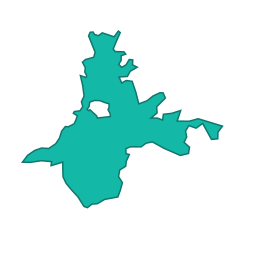 Karshi, Kashkadarya, Uzbekistan, rotated 289°
{"feature_id": "79887680B57210975668042", "entity_name": "Karshi", "entity_type": "district", "adm_level": 2, "iso_a3": "UZB", "parent_name": "Uzbekistan", "parent_adm1": "Kashkadarya", "projection": "mercator", "projection_center": [65.821, 38.728], "detail": "fine", "context": "isolated", "style": "filled", "palette": "teal", "viewbox_px": 256, "rotation_deg": 289, "n_neighbors": 0, "source": "geoboundaries", "source_scale": "gbopen_adm2", "svg_char_len": 1721}
<svg xmlns="http://www.w3.org/2000/svg" viewBox="0 0 256 256"><g transform="rotate(289 128 128)"><path d="M59.5,140.9L66.7,141.0L74.5,140.5L79.1,134.8L85.7,133.9L91.1,138.3L95.9,137.2L103.4,137.9L103.1,134.5L107.7,132.7L110.9,136.2L114.5,146.6L119.5,150.0L122.8,155.6L120.5,168.7L119.1,186.4L123.6,193.5L129.9,192.4L132.7,185.7L138.7,186.4L143.8,183.4L150.1,184.7L150.0,192.4L156.6,197.1L149.3,205.2L144.4,210.6L147.0,216.4L153.4,214.4L160.5,216.7L159.6,191.3L154.3,183.6L150.5,172.2L161.7,172.1L156.0,164.4L152.5,157.0L146.8,158.1L146.9,152.3L144.8,146.5L151.7,150.6L157.4,148.2L168.5,153.6L172.7,149.7L171.6,146.6L166.5,141.3L160.0,137.2L154.3,130.4L164.6,123.6L173.5,116.7L172.3,110.8L168.5,107.4L173.3,102.9L176.5,110.6L182.3,111.6L188.5,116.9L189.2,111.7L194.0,110.3L193.2,106.9L187.1,105.6L183.3,102.4L185.1,98.5L189.6,99.5L194.2,98.0L197.1,101.8L198.7,99.4L196.1,91.0L197.9,88.3L206.3,88.8L215.7,89.6L216.5,87.3L209.7,85.2L209.6,72.7L205.7,70.0L205.5,66.0L207.4,63.7L206.2,61.1L202.3,60.7L188.9,72.3L183.7,72.5L178.9,65.5L175.4,63.5L171.1,68.0L166.9,68.9L164.0,71.9L162.0,71.8L162.1,65.9L153.3,71.4L143.8,76.1L137.7,75.4L133.4,78.3L128.6,76.9L126.1,71.9L124.1,71.5L123.1,76.1L118.6,76.1L114.4,75.7L109.6,71.0L109.0,68.3L103.5,66.3L96.3,66.5L89.6,64.8L82.8,59.7L80.9,52.8L76.4,47.1L69.7,42.1L61.3,39.3L63.6,46.6L68.9,56.8L71.3,66.7L67.3,67.5L74.5,77.4L67.8,79.8L60.6,82.5L55.4,87.6L50.5,95.8L46.8,102.8L39.5,111.9L39.5,115.6L44.3,118.7L46.4,123.6L52.9,129.2L59.5,140.9ZM132.4,83.2L135.4,84.2L140.0,83.4L143.1,87.3L144.7,92.4L144.5,99.0L144.8,102.1L141.4,103.4L138.9,103.1L135.7,106.5L133.1,107.6L127.4,95.7L129.2,94.5L132.9,86.0L131.5,85.1L132.4,83.2Z" fill="#14b8a6" stroke="#0f766e" stroke-width="1.5"/></g></svg>